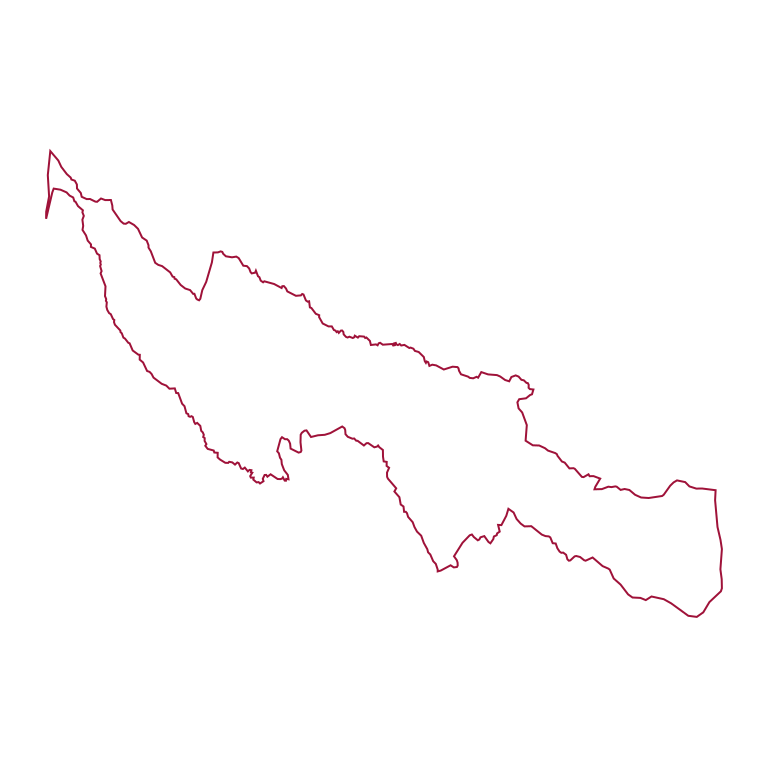 the district of Kigumo, Central, Kenya
{"feature_id": "3690345B17600682902163", "entity_name": "Kigumo", "entity_type": "district", "adm_level": 2, "iso_a3": "KEN", "parent_name": "Kenya", "parent_adm1": "Central", "projection": "equal_earth", "projection_center": [36.915, -0.774], "detail": "fine", "context": "isolated", "style": "outline", "palette": "rose", "viewbox_px": 768, "rotation_deg": 0, "n_neighbors": 0, "source": "geoboundaries", "source_scale": "gbopen_adm2", "svg_char_len": 6085}
<svg xmlns="http://www.w3.org/2000/svg" viewBox="0 0 768 768"><path d="M288.5,479.3L287.8,474.9L284.2,470.3L281.8,464.1L281.4,459.8L280.0,457.7L278.9,453.3L277.2,451.3L280.5,439.1L282.0,437.2L285.0,439.2L287.2,439.2L288.8,440.7L290.1,443.6L290.6,448.6L298.6,452.6L300.7,452.0L301.4,450.6L300.5,442.3L300.7,434.7L301.8,432.8L304.5,430.7L306.5,430.4L311.0,437.0L317.9,435.3L324.8,434.8L330.3,433.1L342.2,426.5L344.5,428.2L345.2,429.9L345.5,434.2L347.8,436.8L352.4,438.7L354.2,438.5L356.2,440.7L357.6,440.8L363.9,445.5L366.5,443.2L368.2,443.1L374.3,447.3L377.0,446.6L378.1,445.5L379.3,447.2L382.9,450.0L383.0,456.7L383.7,461.4L386.7,461.9L386.6,465.9L389.1,467.8L387.0,472.6L387.1,476.8L387.9,478.6L396.2,488.3L394.4,491.5L399.4,497.2L400.7,504.5L403.5,506.5L404.1,511.8L405.8,511.8L407.0,513.2L408.1,516.9L412.7,522.2L414.5,527.1L417.0,531.6L421.2,535.7L423.8,542.9L427.3,549.2L428.1,552.3L430.3,554.5L433.2,561.2L435.8,563.9L437.7,569.6L437.7,571.4L440.7,570.6L450.6,565.3L453.8,567.4L456.9,567.0L457.7,565.6L457.6,562.7L456.8,560.2L454.0,556.3L462.5,542.8L469.7,535.3L471.9,534.5L473.8,537.0L477.8,540.3L479.3,539.5L480.5,537.3L484.3,536.1L488.5,542.0L490.4,543.3L493.3,539.1L493.9,536.5L496.7,535.2L497.1,533.4L499.7,531.6L498.1,524.9L501.4,525.1L506.3,515.8L508.4,508.8L513.6,512.5L516.6,519.0L520.7,523.6L524.5,526.4L531.3,526.2L541.8,534.6L545.5,536.1L548.8,536.4L550.3,537.4L552.7,543.2L555.7,543.5L557.4,548.3L559.6,551.6L561.3,552.8L563.2,552.6L566.1,554.8L567.4,559.3L568.9,560.7L570.3,560.4L574.6,556.4L576.2,556.0L580.1,557.0L584.1,560.2L585.6,560.7L592.6,557.5L602.6,566.1L608.3,568.6L609.7,569.6L613.7,578.5L620.6,584.6L628.1,594.4L632.5,597.5L640.4,597.9L645.8,600.1L651.5,596.5L663.8,599.2L671.1,603.3L688.3,615.8L696.8,616.9L703.3,612.3L709.4,602.1L720.9,591.3L721.9,588.3L721.7,579.2L720.4,569.3L721.9,549.1L720.5,539.9L717.5,527.0L715.1,500.2L715.6,490.2L702.0,488.5L696.3,488.6L689.4,486.4L685.2,482.1L677.0,480.4L673.6,482.4L670.2,485.7L663.7,494.8L662.1,496.0L648.7,498.0L641.1,497.5L635.1,494.8L629.4,490.0L624.6,489.0L620.6,489.9L616.7,486.7L615.3,486.4L611.5,487.1L608.3,486.7L601.9,489.1L594.5,489.3L595.3,486.8L600.2,478.6L593.5,476.1L589.6,476.2L588.5,474.3L583.6,477.1L581.9,476.9L574.8,468.8L573.5,468.2L569.4,468.4L564.7,462.6L561.9,461.5L557.5,455.8L556.9,454.2L555.3,453.1L548.0,450.6L545.0,448.2L539.2,445.5L532.8,445.3L525.6,440.7L526.8,425.1L522.2,412.5L518.6,408.4L517.4,402.3L519.2,399.2L526.0,398.3L530.1,395.0L532.0,394.3L533.4,389.5L529.9,389.1L528.6,387.8L528.7,384.8L527.8,383.1L526.5,382.9L523.8,380.3L521.4,379.8L518.6,376.6L515.7,375.4L511.4,377.0L509.2,381.3L505.1,380.0L500.2,376.5L497.0,375.1L488.1,374.4L481.3,372.1L478.1,377.7L476.6,376.8L473.2,378.3L469.8,377.9L468.0,376.6L461.0,374.3L459.0,370.7L458.5,368.3L457.5,367.1L452.6,366.7L443.8,369.5L436.2,365.4L432.3,364.7L429.4,365.9L428.2,362.2L426.6,361.5L425.9,362.9L424.8,361.2L423.8,357.0L418.7,352.0L414.9,350.9L413.4,348.7L410.6,347.6L409.3,348.0L404.4,344.9L401.2,345.5L399.7,344.0L397.9,345.1L396.4,344.4L395.8,342.9L394.1,343.4L394.7,345.2L393.2,345.5L392.2,344.0L382.8,344.7L380.1,342.8L378.7,343.3L377.6,345.3L376.0,344.4L370.9,345.0L369.9,340.9L366.4,337.5L365.2,338.0L364.1,336.6L359.2,336.2L357.9,337.6L354.8,335.7L354.2,337.3L352.8,338.0L349.4,336.7L347.6,337.5L346.0,336.9L343.7,334.4L343.3,331.9L342.1,330.5L340.9,330.6L338.8,332.9L337.8,331.3L336.6,332.1L335.5,330.6L333.9,330.0L331.8,326.4L328.5,326.4L322.7,323.5L319.1,317.1L319.2,315.2L315.8,313.8L311.4,308.0L309.9,307.4L309.1,301.3L307.7,301.7L305.9,300.4L303.5,294.5L302.2,294.0L300.9,295.4L295.9,295.8L287.3,291.4L286.0,288.5L283.9,286.1L282.3,286.2L281.6,288.0L274.1,284.0L264.3,281.3L263.1,282.3L260.7,280.6L259.4,277.2L258.0,276.2L255.9,270.7L255.1,272.7L251.7,273.4L250.5,272.0L249.2,268.5L246.9,266.1L243.3,265.7L238.7,258.1L236.3,256.6L232.0,257.3L225.9,256.3L223.2,253.8L222.3,251.9L220.6,251.4L217.9,252.4L213.4,252.5L211.9,262.4L206.2,281.9L202.3,290.1L200.3,298.8L199.1,300.3L197.3,299.5L196.2,298.5L194.4,293.8L193.2,293.9L190.1,290.1L185.2,288.5L180.7,285.0L176.2,279.3L174.6,278.7L174.3,277.1L172.6,276.6L170.2,272.4L162.1,266.1L158.3,264.9L155.2,262.8L150.8,251.3L148.5,247.6L148.5,245.2L146.7,240.6L142.1,237.5L138.0,228.8L134.1,225.0L128.9,222.0L125.8,223.8L123.6,223.6L120.6,221.1L112.6,209.5L112.3,205.5L110.9,200.0L105.2,200.1L101.0,198.5L97.1,201.8L95.3,201.6L90.0,199.0L86.7,199.1L81.7,196.8L80.8,193.0L77.0,188.5L76.9,184.5L74.8,180.7L71.4,179.5L70.7,177.6L66.8,174.1L61.3,166.9L58.3,160.5L50.3,151.1L47.8,175.1L49.1,196.4L46.2,211.7L46.1,218.8L52.3,192.4L53.7,188.6L60.5,189.7L66.6,192.4L69.6,195.6L73.2,197.5L74.4,201.3L75.5,201.7L78.0,206.1L82.9,210.3L82.4,212.3L83.8,215.9L82.4,219.7L83.2,225.9L82.5,229.9L86.0,235.4L87.7,240.6L91.0,244.4L90.9,246.9L94.8,248.6L97.0,253.6L99.5,255.2L99.7,259.2L100.7,261.4L100.3,263.0L100.8,264.6L100.1,266.0L101.6,271.1L100.6,273.4L105.5,286.3L105.0,296.1L106.2,299.1L105.9,300.8L106.8,302.3L106.4,306.7L107.3,310.0L109.1,313.1L110.8,314.2L113.0,319.0L114.3,320.0L114.0,322.1L114.9,324.7L120.3,330.5L120.5,332.1L121.8,333.3L123.4,337.6L125.0,338.6L128.3,342.8L129.6,343.3L132.7,350.5L138.4,354.7L139.8,354.8L139.7,359.6L143.1,362.5L147.1,371.0L149.6,371.9L151.6,374.0L153.5,377.6L161.7,383.8L166.3,385.6L169.4,388.7L174.8,388.4L176.2,393.0L178.2,393.1L182.1,403.7L184.5,406.2L186.4,413.3L188.2,414.1L188.6,416.2L190.1,416.8L191.5,416.2L192.8,417.0L194.2,422.1L195.3,423.9L197.2,422.9L200.3,425.9L201.2,430.8L202.8,432.4L203.8,434.8L203.2,437.0L204.7,438.1L204.6,440.9L206.4,444.1L205.3,445.8L207.7,448.9L213.7,450.5L214.3,452.5L217.7,452.8L217.6,457.4L220.1,459.6L225.3,462.8L228.2,462.9L229.2,461.8L232.3,462.4L235.0,464.6L237.3,462.5L238.7,463.1L241.1,468.5L242.9,469.0L244.8,467.6L247.9,471.4L249.5,469.9L251.4,470.2L250.9,472.3L252.3,472.7L250.2,476.1L250.8,477.6L253.7,477.6L253.3,479.6L256.6,482.4L258.6,482.1L260.0,483.5L263.5,481.2L262.8,478.8L264.6,475.0L266.2,474.9L267.4,476.7L270.6,474.3L277.6,479.0L280.5,479.1L282.0,478.6L282.9,477.3L284.7,480.6L285.9,480.7L286.2,478.9L288.5,479.3Z" fill="none" stroke="#9f1239" stroke-width="2"/></svg>